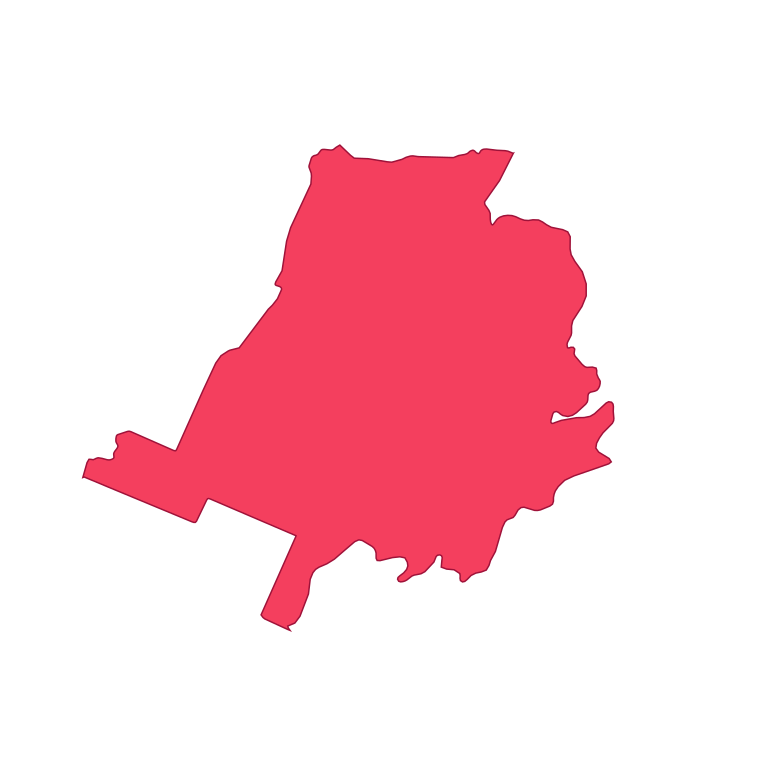 the Province of Tashauz, rotated 114°
{"feature_id": "TKM-353", "entity_name": "Tashauz", "entity_type": "Province", "adm_level": 1, "iso_a3": "TKM", "parent_name": "Turkmenistan", "parent_adm1": "", "projection": "robinson", "projection_center": [58.681, 41.132], "detail": "fine", "context": "isolated", "style": "filled", "palette": "rose", "viewbox_px": 768, "rotation_deg": 114, "n_neighbors": 0, "source": "natural_earth", "source_scale": "10m", "svg_char_len": 4323}
<svg xmlns="http://www.w3.org/2000/svg" viewBox="0 0 768 768"><g transform="rotate(114 384 384)"><path d="M362.7,144.7L365.5,146.2L390.7,173.1L398.5,179.8L406.8,183.1L412.0,184.0L415.4,183.8L418.8,183.0L422.2,181.5L425.2,181.2L428.0,182.8L435.4,189.9L437.1,192.3L438.2,195.0L439.6,206.0L441.2,208.6L444.6,210.3L450.5,210.9L453.3,211.7L458.0,216.3L460.9,217.4L466.9,217.5L491.7,214.1L501.9,214.9L507.1,214.3L512.4,214.9L516.1,218.6L519.4,223.2L523.5,226.6L528.7,228.5L531.5,229.9L532.9,231.8L532.5,234.2L530.6,235.5L528.2,236.4L526.3,237.7L525.2,244.4L527.6,251.5L528.0,257.2L521.0,259.6L520.9,259.6L518.9,260.2L517.5,261.6L517.4,263.5L518.7,265.5L520.4,266.2L526.4,266.0L538.8,270.3L542.3,273.0L545.0,276.8L546.3,278.7L548.1,280.4L553.7,283.4L555.4,284.7L556.8,286.3L558.0,288.3L558.2,290.4L556.8,292.2L555.0,292.5L552.7,291.5L548.6,289.2L544.2,287.9L540.5,288.2L537.3,290.2L534.3,294.2L535.4,299.2L539.1,305.6L547.0,315.8L548.0,318.5L546.4,320.3L541.6,322.5L539.6,324.2L538.1,326.2L537.2,328.7L535.8,340.2L536.6,343.6L539.9,346.6L552.9,352.8L564.2,358.1L571.4,363.0L577.8,368.9L581.2,371.1L585.3,372.2L592.4,372.0L606.6,367.6L630.3,366.3L638.6,368.2L644.3,373.5L645.0,372.9L645.8,372.2L647.3,369.7L647.4,372.5L647.1,397.3L646.5,399.6L644.9,402.4L559.3,402.5L558.4,402.7L559.7,495.9L559.9,497.6L560.6,498.5L562.1,498.8L585.6,499.5L587.2,500.1L587.8,501.5L588.0,503.4L589.1,546.8L590.3,593.4L590.9,620.1L591.9,621.1L576.6,623.3L572.8,622.9L572.5,622.3L572.0,620.9L571.6,619.4L571.4,618.8L570.1,617.6L569.0,616.7L568.3,615.9L567.8,615.3L567.5,614.6L566.6,611.2L565.8,606.1L565.4,604.8L565.0,603.9L564.3,602.9L562.9,601.5L561.9,600.9L561.0,600.8L560.4,601.1L557.9,602.5L556.7,602.7L555.1,602.6L551.8,601.8L550.2,601.6L549.0,601.8L548.4,602.2L547.9,602.7L546.5,604.6L546.0,605.1L545.4,605.6L544.1,606.2L542.6,606.8L540.3,607.3L539.3,607.1L538.6,606.7L531.7,599.1L530.8,597.7L530.5,595.9L530.3,549.3L530.0,547.6L529.4,547.0L527.8,546.8L463.2,546.7L433.3,546.2L424.4,544.4L417.3,539.8L415.8,538.5L409.9,531.0L362.7,520.1L357.4,518.0L349.5,516.0L340.1,516.0L339.2,516.1L338.6,516.4L338.1,516.8L337.7,517.5L337.5,518.2L337.4,519.0L337.8,522.7L337.6,523.5L337.0,524.1L334.8,524.4L322.0,523.2L293.1,531.1L279.1,532.9L231.1,532.1L223.6,534.8L220.9,536.3L216.5,540.6L215.6,541.1L214.8,541.3L207.4,542.2L206.2,542.1L205.4,541.8L204.7,541.4L204.1,541.0L203.6,540.5L202.9,539.5L201.9,538.5L201.3,538.1L200.6,537.7L196.2,536.7L195.5,536.3L195.0,535.9L194.6,535.3L193.8,533.5L191.9,527.6L191.4,526.8L190.5,525.7L187.1,523.9L183.7,521.5L188.7,507.6L189.8,503.0L184.6,490.0L179.7,471.4L178.2,467.1L171.4,458.9L167.9,456.0L165.1,452.7L164.3,451.3L163.8,450.2L162.4,445.3L149.0,412.8L148.5,412.2L144.9,408.7L141.4,403.5L139.9,401.9L139.1,401.3L136.6,400.2L135.8,399.6L134.6,398.4L134.2,397.5L134.2,396.5L134.4,395.7L135.1,393.9L135.2,392.9L135.2,391.7L134.6,391.0L134.1,390.7L132.6,390.6L131.6,390.4L130.5,389.9L129.3,388.9L128.6,387.8L127.6,385.8L124.6,376.1L121.6,368.3L120.9,365.5L120.7,359.8L120.6,359.7L124.9,359.9L151.2,361.2L162.3,363.4L176.7,366.2L179.0,364.9L182.7,358.8L185.0,356.4L190.5,353.8L193.0,352.2L194.4,350.7L194.6,349.8L193.8,349.1L187.9,347.8L186.1,347.0L184.4,345.9L181.8,343.2L179.6,339.6L178.1,335.6L177.6,331.6L177.7,326.6L177.3,322.4L175.9,318.6L173.4,314.7L171.3,309.5L171.5,305.0L172.4,300.3L172.8,294.9L170.3,283.5L170.3,278.0L173.7,273.8L185.0,268.9L189.8,265.6L194.3,259.6L200.8,248.5L210.3,240.0L221.3,235.1L232.6,234.7L249.2,237.3L254.6,236.3L261.1,233.4L263.4,232.9L271.4,233.3L273.6,232.8L276.2,231.1L275.9,229.7L274.4,228.2L273.5,225.9L274.5,224.0L279.0,222.7L280.7,221.0L285.5,211.0L286.5,207.6L286.3,205.4L283.8,200.5L283.2,196.7L285.2,195.1L288.3,193.8L291.3,190.7L292.4,189.0L293.6,187.6L295.8,186.7L298.4,186.2L301.0,186.3L303.2,187.0L304.9,188.6L307.6,192.2L309.5,193.2L311.4,193.0L315.6,191.4L317.7,191.0L320.3,191.5L331.9,196.5L335.9,199.1L338.9,202.8L340.1,207.9L339.7,210.6L339.0,213.0L339.0,215.3L340.4,217.2L342.3,217.7L349.8,216.6L351.3,215.8L351.7,214.6L351.1,213.4L349.8,212.2L345.1,207.2L336.4,194.3L333.3,187.6L329.7,182.5L325.6,179.6L311.0,173.3L308.8,171.5L308.1,168.7L309.2,166.6L311.4,165.2L315.8,163.4L322.0,160.0L324.2,159.3L327.0,159.4L339.6,164.1L345.6,165.3L351.6,165.7L356.4,164.4L358.9,160.2L360.5,148.0L362.7,144.7Z" fill="#f43f5e" stroke="#9f1239" stroke-width="1.5"/></g></svg>